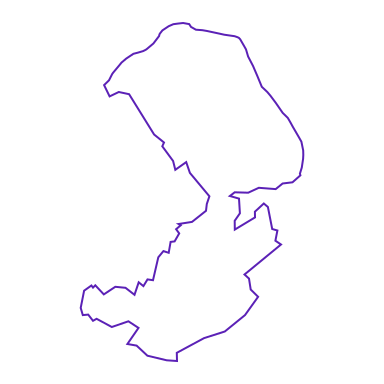 the district of Jegunovtse, Jegunovce, North Macedonia
{"feature_id": "65306769B4612015917677", "entity_name": "Jegunovtse", "entity_type": "district", "adm_level": 2, "iso_a3": "MKD", "parent_name": "North Macedonia", "parent_adm1": "Jegunovce", "projection": "mercator", "projection_center": [21.125, 42.1], "detail": "fine", "context": "isolated", "style": "outline", "palette": "violet", "viewbox_px": 384, "rotation_deg": 0, "n_neighbors": 0, "source": "geoboundaries", "source_scale": "gbopen_adm2", "svg_char_len": 1634}
<svg xmlns="http://www.w3.org/2000/svg" viewBox="0 0 384 384"><path d="M224.8,331.5L245.0,315.1L258.1,296.8L250.7,289.5L249.0,278.6L244.5,274.5L281.0,244.5L275.4,240.7L277.4,230.5L272.2,229.0L267.9,207.0L263.8,203.5L254.9,211.7L255.0,217.4L234.8,229.6L234.7,220.8L239.9,213.3L239.0,198.6L229.9,196.0L234.7,192.3L248.2,192.7L258.8,187.8L275.7,189.1L282.6,183.5L292.5,182.3L300.4,175.3L299.9,173.7L301.8,167.5L303.1,158.8L303.3,155.0L303.2,150.5L301.4,141.7L298.7,136.9L292.7,126.6L290.8,123.1L287.8,117.9L282.7,112.9L275.8,102.9L270.5,95.8L267.3,92.0L261.8,86.8L257.3,75.9L254.2,68.7L253.1,66.1L248.1,56.5L246.0,49.4L243.8,45.5L240.2,39.3L238.9,37.9L237.5,37.2L234.6,36.2L224.2,34.7L219.7,33.7L207.1,31.0L202.5,30.2L195.9,29.7L191.0,26.9L189.2,24.1L183.1,23.0L177.8,23.6L173.3,24.2L168.7,26.2L162.4,30.4L159.8,33.7L159.4,34.6L159.1,36.0L153.4,43.5L146.6,49.2L145.7,49.8L143.1,51.1L137.7,52.7L133.4,53.8L126.2,58.6L121.5,62.6L118.9,65.8L113.2,72.6L112.2,74.0L109.0,80.3L104.1,85.1L109.6,96.4L118.8,92.0L129.1,94.2L154.1,134.5L164.0,142.5L162.3,146.3L173.1,161.0L175.3,169.8L186.2,162.1L189.9,172.9L209.4,196.3L206.8,204.0L206.0,210.8L192.0,221.9L178.6,224.0L180.7,225.3L176.1,229.2L179.2,233.4L174.6,241.4L170.6,241.9L168.7,252.8L163.4,251.1L158.3,257.3L153.0,280.2L147.5,279.4L143.4,286.1L138.7,282.3L134.5,294.8L125.5,287.8L115.3,286.8L103.8,294.4L95.3,285.3L93.0,287.6L91.4,285.5L84.1,290.7L80.7,307.9L82.8,315.1L88.2,314.6L93.0,320.8L96.6,318.8L111.8,327.0L128.4,321.3L138.5,327.9L127.4,344.0L136.6,345.6L147.4,355.7L166.7,360.3L177.0,361.0L176.8,352.8L204.1,338.1L224.8,331.5Z" fill="none" stroke="#5b21b6" stroke-width="2"/></svg>